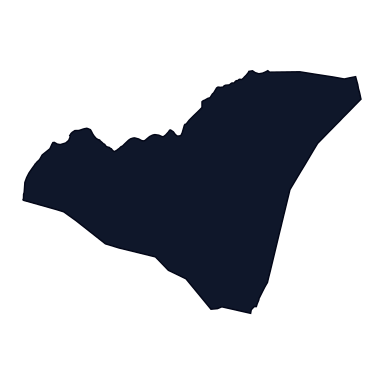 the district of Yogana, Oaxaca, Mexico
{"feature_id": "50627088B88904238458038", "entity_name": "Yogana", "entity_type": "district", "adm_level": 2, "iso_a3": "MEX", "parent_name": "Mexico", "parent_adm1": "Oaxaca", "projection": "robinson", "projection_center": [-96.801, 16.439], "detail": "fine", "context": "isolated", "style": "filled", "palette": "ink", "viewbox_px": 384, "rotation_deg": 0, "n_neighbors": 0, "source": "geoboundaries", "source_scale": "gbopen_adm2", "svg_char_len": 2872}
<svg xmlns="http://www.w3.org/2000/svg" viewBox="0 0 384 384"><path d="M355.6,76.7L349.4,77.9L344.3,79.0L333.1,77.0L315.5,74.3L299.8,71.8L276.7,72.1L269.6,72.2L267.8,70.7L265.6,71.9L262.5,73.2L258.8,73.8L255.1,72.6L252.5,70.8L249.0,71.4L248.9,71.4L248.4,72.5L246.1,75.4L244.5,76.9L243.5,78.1L242.0,79.4L241.3,79.5L240.5,79.4L239.6,79.3L239.0,79.5L238.2,80.3L237.8,80.5L236.5,80.7L236.0,80.9L235.5,81.3L234.2,82.8L233.7,83.1L232.3,83.0L232.1,83.0L231.5,83.2L230.7,83.8L229.7,84.7L229.3,84.9L227.3,85.1L225.7,85.2L224.4,85.7L224.0,86.0L223.0,87.1L222.5,87.3L221.8,87.2L220.7,87.4L219.8,87.3L218.1,87.1L217.6,87.3L216.6,88.0L213.7,92.9L212.5,93.9L210.2,97.5L209.9,97.8L207.8,98.4L204.9,100.1L203.3,100.7L202.1,101.6L202.0,101.9L202.0,107.7L201.8,107.7L199.9,109.7L196.0,113.5L193.7,115.7L189.2,120.2L186.1,124.2L185.1,124.3L184.4,125.2L182.2,132.9L180.9,135.5L180.2,135.8L178.0,136.1L176.9,135.9L175.2,134.4L174.4,133.3L173.4,131.9L170.6,130.0L169.6,130.2L168.6,131.8L165.7,135.0L163.6,136.6L162.2,136.7L158.8,135.2L155.4,134.7L154.3,134.7L152.4,135.2L149.6,136.6L147.3,138.5L145.1,140.4L143.8,140.9L142.5,140.8L141.2,140.4L138.7,139.0L135.0,138.0L134.2,137.9L132.6,138.2L130.5,138.9L128.6,140.2L124.7,143.9L122.4,146.2L121.4,146.5L120.7,147.0L119.2,148.5L118.0,149.3L116.8,150.3L114.8,151.4L113.7,151.4L112.2,150.0L111.3,148.8L110.3,148.4L109.4,147.5L107.4,147.0L106.1,146.4L104.5,144.2L103.7,144.1L102.1,142.5L100.0,140.7L99.6,140.0L97.9,139.5L96.1,138.4L94.1,136.1L92.7,134.0L91.3,131.2L90.4,129.7L87.8,128.6L86.8,128.3L84.6,128.7L83.1,129.1L79.0,130.5L74.9,130.6L72.0,132.5L72.0,133.0L71.2,133.3L71.0,133.6L70.1,135.1L69.7,135.6L70.3,136.7L68.7,140.4L65.7,143.0L60.3,144.6L57.3,144.1L54.3,142.4L52.9,142.6L51.8,144.6L50.7,147.1L49.9,148.8L42.2,155.0L40.0,158.9L39.2,160.0L37.0,162.0L35.5,163.9L35.0,164.2L34.9,164.6L34.5,165.2L32.3,168.2L29.0,173.0L26.7,177.5L24.9,182.4L24.2,192.3L23.6,194.3L23.5,198.4L23.0,199.8L23.6,200.3L23.9,200.4L56.3,209.5L63.7,211.8L76.0,220.6L105.4,243.8L119.2,248.0L155.5,256.9L156.8,258.3L157.9,259.4L168.4,270.3L186.0,278.8L186.4,279.3L211.0,309.2L217.5,308.6L221.8,306.8L231.2,308.9L236.1,310.0L238.6,310.6L250.6,313.3L251.2,309.9L252.0,308.9L254.2,306.6L256.3,306.6L257.1,304.0L258.7,300.1L258.9,299.6L258.8,298.9L262.5,291.5L264.7,287.2L266.7,283.7L267.4,282.6L268.6,277.5L270.2,271.2L273.0,259.6L277.9,239.2L279.7,231.7L281.2,225.7L281.6,223.9L282.0,222.2L282.8,219.0L283.5,216.0L284.5,212.0L286.0,205.8L287.0,201.7L289.0,193.5L289.9,189.7L290.2,189.2L291.3,187.3L294.7,181.6L297.6,176.7L300.9,171.2L304.7,165.0L313.6,150.0L317.6,143.4L322.5,138.4L329.4,131.3L332.4,128.3L335.2,125.4L339.8,120.8L342.6,117.8L347.0,113.4L352.1,108.2L354.9,105.3L356.4,103.8L361.0,99.1L360.8,98.6L360.6,97.6L360.2,95.6L359.8,93.8L359.3,91.7L358.4,88.5L358.3,87.8L357.7,84.4L356.7,80.8L355.6,76.7Z" fill="#0f172a" stroke="#020617" stroke-width="1.5"/></svg>